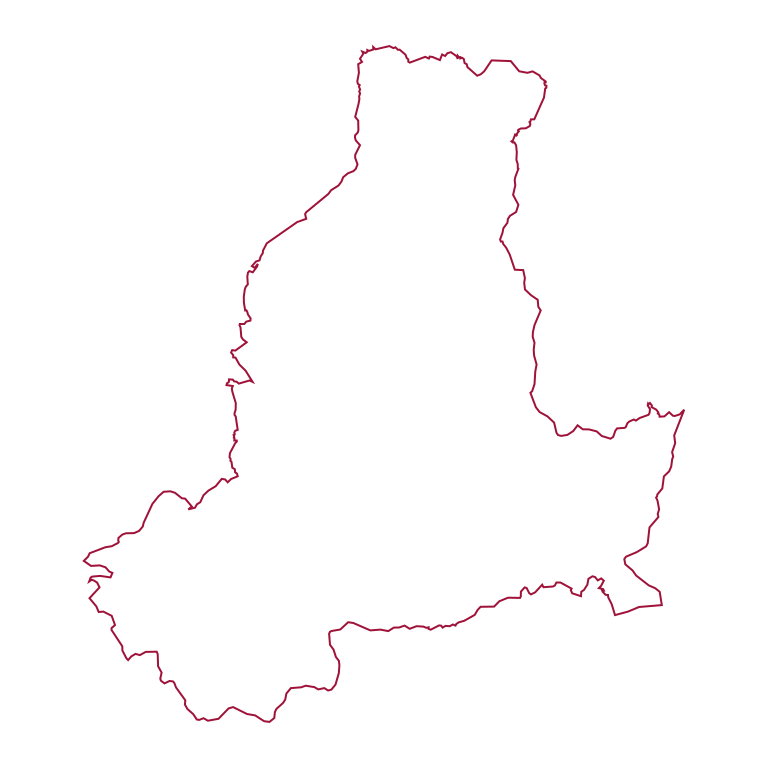 outline of Coroieni, Maramures, Romania
{"feature_id": "2599482B87635814237961", "entity_name": "Coroieni", "entity_type": "district", "adm_level": 2, "iso_a3": "ROU", "parent_name": "Romania", "parent_adm1": "Maramures", "projection": "orthographic", "projection_center": [23.777, 47.377], "detail": "fine", "context": "isolated", "style": "outline", "palette": "rose", "viewbox_px": 768, "rotation_deg": 0, "n_neighbors": 0, "source": "geoboundaries", "source_scale": "gbopen_adm2", "svg_char_len": 6040}
<svg xmlns="http://www.w3.org/2000/svg" viewBox="0 0 768 768"><path d="M661.8,605.1L659.7,591.8L655.2,588.2L648.8,585.4L636.1,575.5L632.6,570.5L625.3,564.3L624.3,559.1L626.0,556.7L636.8,552.1L646.1,546.4L647.7,543.3L649.5,527.4L658.4,517.0L657.7,514.0L659.1,509.3L657.5,500.6L656.1,497.6L657.1,496.3L657.3,494.5L662.3,488.5L663.9,476.4L669.1,471.4L671.2,466.6L672.2,459.2L673.2,456.5L672.1,452.1L675.2,443.2L674.2,435.4L684.2,409.7L679.7,414.4L674.7,416.0L672.9,415.7L669.1,412.2L664.4,416.4L659.6,416.7L659.2,414.3L657.8,413.5L658.3,412.3L656.2,409.6L651.6,407.1L651.9,405.5L649.9,403.0L648.7,404.2L648.1,403.5L647.7,405.5L650.0,409.1L649.5,413.1L648.5,414.8L639.7,418.0L635.9,420.6L633.8,419.5L629.3,421.5L627.4,423.2L625.7,427.2L624.4,427.9L617.1,428.4L615.3,430.8L613.2,436.9L610.5,438.7L601.8,436.0L596.7,431.4L589.0,429.4L582.8,429.3L577.6,425.3L573.2,431.1L567.4,434.9L561.3,435.9L558.1,435.1L556.5,432.8L554.1,422.6L547.5,416.4L539.7,412.1L535.9,407.3L530.4,392.8L532.1,391.3L534.5,384.2L535.3,371.4L536.6,364.5L534.1,355.6L533.7,349.9L534.5,342.7L532.7,336.8L532.9,332.2L534.5,325.1L540.7,310.4L538.3,306.8L537.7,299.8L531.0,295.2L525.0,289.5L524.2,282.8L524.9,278.1L523.2,270.1L514.8,269.7L509.7,254.5L506.1,247.6L503.3,244.1L502.5,241.5L500.8,241.5L500.1,239.4L502.5,232.8L503.4,228.2L507.4,222.8L507.9,218.9L510.0,215.8L516.1,212.0L518.4,204.8L513.1,194.9L515.3,185.3L514.7,180.1L515.3,177.0L518.4,168.7L517.8,168.3L517.7,163.9L516.4,159.9L516.8,152.1L516.1,145.2L514.4,142.4L512.7,142.5L511.5,141.3L512.8,140.7L515.1,134.6L516.3,135.6L516.9,135.0L516.5,134.2L518.8,131.4L518.0,130.7L518.3,129.8L520.8,128.5L525.8,128.3L529.8,126.0L530.4,124.1L529.5,122.1L530.3,121.7L530.9,119.4L534.3,119.3L544.0,97.5L545.2,88.5L546.4,87.7L546.4,85.7L545.1,85.4L544.4,83.6L544.5,82.4L545.7,82.3L545.7,81.5L541.0,78.1L539.5,75.4L532.6,71.4L527.4,72.8L519.2,71.3L510.8,61.1L491.6,60.4L484.2,71.3L480.9,74.2L477.2,75.7L467.4,67.1L466.7,64.2L464.6,63.1L463.8,59.0L462.1,57.8L460.3,58.4L460.3,57.1L458.8,57.2L457.8,55.9L457.7,58.9L456.6,56.2L450.9,52.2L447.4,53.2L445.1,56.0L442.1,54.5L439.9,60.1L432.3,56.9L429.6,56.6L429.1,58.4L428.3,58.4L425.3,56.8L409.8,62.6L408.3,61.7L408.3,59.4L406.7,58.0L405.5,54.7L399.7,49.7L398.0,49.8L395.4,47.3L393.4,48.1L389.4,46.1L375.6,49.3L373.2,47.0L373.3,49.5L369.0,50.9L367.3,50.0L367.3,51.7L365.7,53.0L362.3,51.6L363.3,53.7L360.0,58.8L362.0,61.9L358.2,64.2L358.9,72.8L357.3,81.3L357.8,83.7L359.7,85.1L358.9,86.6L360.1,89.4L359.2,91.5L360.1,93.5L359.1,96.3L359.4,99.1L358.5,104.0L355.2,116.9L358.2,120.6L358.4,130.2L357.8,132.5L355.1,135.3L355.0,137.6L355.8,140.4L360.0,145.2L355.2,154.8L355.2,157.9L357.5,164.3L355.9,168.7L353.5,171.1L347.9,173.3L343.2,177.2L341.4,181.7L338.4,185.6L331.1,190.2L328.4,193.9L306.2,212.2L305.1,214.1L306.2,218.8L297.1,222.1L266.8,243.3L263.0,250.6L262.8,253.1L260.7,256.4L259.5,260.4L256.0,261.5L251.9,266.1L254.7,267.9L257.8,263.9L257.1,266.5L252.8,272.3L249.3,271.1L248.0,272.6L247.3,276.5L247.8,284.4L245.7,286.9L244.8,289.4L243.8,296.8L243.9,302.7L245.2,310.5L246.4,310.3L247.4,312.2L247.9,314.4L250.6,318.4L250.4,320.6L246.3,321.6L244.3,324.0L239.8,324.0L239.5,325.2L240.5,327.4L241.3,336.9L242.9,339.4L246.7,342.3L235.3,350.6L232.2,350.1L231.1,352.6L233.2,355.1L233.2,357.4L235.5,357.6L239.4,364.6L245.6,370.7L252.6,381.9L249.5,380.5L238.8,383.6L236.6,381.7L234.2,381.4L232.8,379.6L229.0,379.4L228.8,382.1L226.9,383.4L226.5,385.1L232.8,386.0L231.8,388.5L232.4,391.9L235.8,403.2L235.6,409.9L234.5,413.2L234.6,415.0L235.7,416.4L237.7,429.9L235.3,430.7L234.3,432.5L234.7,434.1L233.7,434.9L234.3,435.3L233.8,437.7L234.5,438.1L234.3,440.5L236.7,440.5L236.8,441.6L235.2,443.2L230.0,453.0L229.5,457.1L230.6,459.0L230.4,460.8L231.5,461.8L232.3,467.7L234.8,469.2L235.1,472.3L237.0,473.6L237.7,476.3L231.1,479.0L227.7,482.3L225.2,479.5L221.7,478.9L215.7,486.2L208.6,490.5L203.5,495.2L200.3,502.2L196.9,504.3L195.0,507.7L188.3,509.4L191.8,506.5L185.1,498.6L181.9,498.3L175.0,492.8L170.4,491.3L163.6,491.8L158.6,496.2L152.4,503.9L143.6,522.9L142.8,526.5L139.1,530.9L134.1,533.1L125.9,533.3L122.3,534.6L118.5,537.9L118.2,540.2L118.8,542.0L117.9,543.0L111.8,546.2L105.2,547.3L89.7,553.2L88.1,556.6L83.8,560.9L91.0,565.9L99.8,565.4L105.5,567.3L109.2,571.5L112.4,572.9L110.5,577.4L100.1,575.9L92.2,576.6L90.6,577.6L89.2,581.5L91.8,579.7L94.4,580.8L97.2,582.7L99.5,587.4L89.5,598.2L96.3,606.3L98.7,612.0L103.3,611.6L111.7,615.8L115.0,625.1L111.6,628.0L111.5,629.9L122.3,646.3L122.4,650.5L126.3,658.1L128.1,660.1L131.3,656.4L135.5,653.9L139.9,655.1L145.7,651.9L156.7,651.7L157.7,654.1L158.1,666.3L161.6,672.6L160.3,678.6L160.9,680.7L164.5,683.4L169.5,681.0L172.9,681.4L174.3,682.9L176.0,687.4L185.3,700.3L184.9,704.5L187.4,709.0L193.2,714.1L196.8,719.5L199.2,719.9L203.5,718.2L207.9,720.7L218.5,718.8L228.6,708.4L233.1,707.1L247.0,714.0L255.2,715.4L264.1,721.2L269.5,721.9L274.3,718.0L274.9,712.0L276.5,708.8L283.0,703.0L285.2,699.6L286.4,693.5L290.9,688.1L301.2,687.3L305.7,685.7L314.4,687.1L318.2,689.4L324.3,688.1L328.1,690.5L331.4,689.6L335.5,684.6L338.8,673.2L339.4,665.4L338.9,660.9L335.9,657.0L333.6,649.7L330.0,644.8L329.1,633.7L330.0,631.8L331.5,631.0L340.3,629.5L348.2,622.2L353.3,623.0L370.4,630.4L380.4,629.6L388.3,631.1L393.8,627.6L399.1,627.5L404.6,625.6L409.7,628.8L416.5,626.2L423.4,626.6L426.2,627.8L428.6,627.3L428.5,628.8L430.7,629.7L439.1,625.4L441.2,625.7L442.6,627.6L445.5,625.9L449.8,626.2L452.8,624.5L455.5,625.6L456.2,624.1L458.8,622.3L464.0,620.9L474.7,614.9L477.7,609.8L480.6,606.8L494.1,606.6L499.4,601.2L508.0,597.7L520.0,597.9L520.8,596.5L520.9,591.6L524.7,587.4L526.6,588.0L529.2,593.1L530.9,594.4L535.1,592.4L542.2,584.7L543.5,587.2L552.9,586.5L554.8,585.6L556.4,582.5L560.4,582.5L571.6,588.6L570.8,590.1L572.2,593.3L581.0,596.2L581.3,591.8L584.0,589.9L587.4,584.6L588.4,578.9L592.4,576.3L595.0,577.0L597.8,580.4L601.2,578.4L603.8,580.7L601.1,585.8L598.9,588.1L603.1,589.1L603.9,590.6L602.2,590.6L602.7,591.8L605.6,594.8L608.0,595.0L608.2,597.3L611.7,604.2L615.0,615.1L628.0,611.6L639.0,607.0L661.8,605.1Z" fill="none" stroke="#9f1239" stroke-width="2"/></svg>